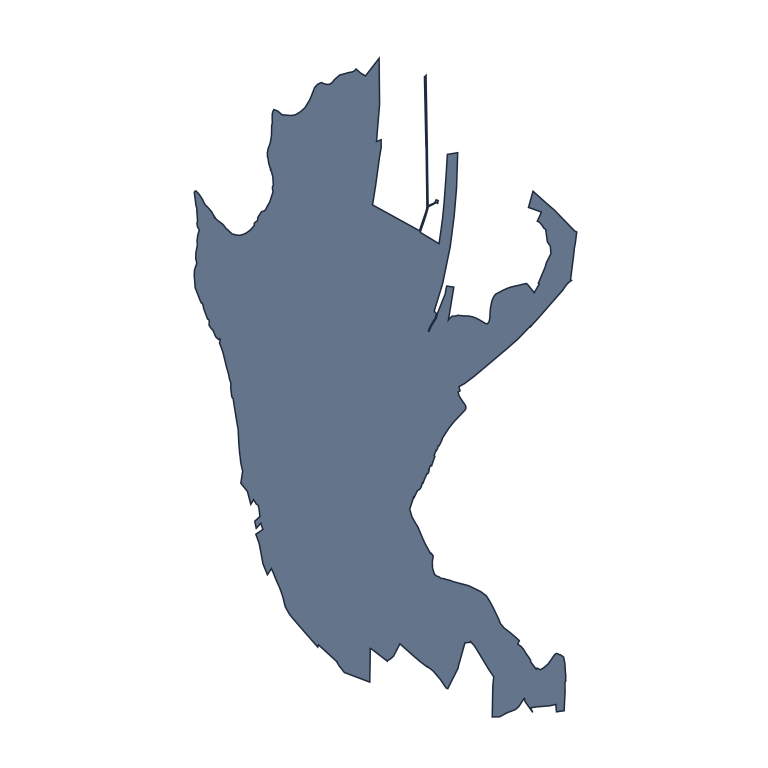 Koknese, Kokneses, Latvia (Robinson projection), rotated 94°
{"feature_id": "27541924B15582250394198", "entity_name": "Koknese", "entity_type": "district", "adm_level": 2, "iso_a3": "LVA", "parent_name": "Latvia", "parent_adm1": "Kokneses", "projection": "robinson", "projection_center": [25.431, 56.651], "detail": "fine", "context": "isolated", "style": "filled", "palette": "slate", "viewbox_px": 768, "rotation_deg": 94, "n_neighbors": 0, "source": "geoboundaries", "source_scale": "gbopen_adm2", "svg_char_len": 6139}
<svg xmlns="http://www.w3.org/2000/svg" viewBox="0 0 768 768"><g transform="rotate(94 384 384)"><path d="M635.0,279.7L638.7,275.7L643.4,272.3L662.3,259.0L668.4,254.1L677.7,254.4L708.6,252.8L707.9,245.3L703.4,238.3L699.7,230.3L696.4,227.0L687.8,222.2L688.4,221.8L691.0,221.1L701.2,212.7L696.8,215.2L695.1,207.8L695.2,207.1L693.8,198.8L693.7,197.2L691.7,190.1L692.7,190.1L699.0,189.1L697.4,181.5L678.2,181.9L669.0,182.7L667.5,181.9L664.7,182.3L662.6,182.3L657.6,183.1L650.4,184.0L644.0,185.7L642.1,188.5L641.7,190.2L640.7,192.9L641.3,194.1L643.0,195.5L651.4,200.4L653.9,202.8L655.9,204.9L657.7,207.3L658.0,208.6L656.7,211.4L657.9,212.3L650.9,218.3L649.3,218.5L646.9,220.2L642.7,223.7L638.8,226.4L636.0,229.3L634.2,232.4L630.6,231.1L627.9,234.4L625.5,237.7L623.2,240.8L619.0,247.2L614.7,251.3L611.6,252.6L599.8,259.3L593.1,263.5L588.2,267.1L584.4,272.9L579.4,285.2L576.4,300.8L575.2,304.8L574.6,308.3L573.9,311.2L573.9,313.5L572.6,315.7L571.9,318.1L570.6,320.1L567.4,321.6L564.4,322.7L558.1,323.4L552.2,322.9L551.5,323.3L549.5,325.2L549.9,325.7L540.7,331.7L535.0,334.8L524.4,340.1L520.8,342.7L517.5,344.9L514.5,346.9L507.0,349.6L496.1,346.8L494.7,346.7L495.3,346.1L488.2,343.3L486.2,340.7L484.6,339.9L479.9,338.7L480.2,338.2L477.6,337.4L470.5,334.9L470.7,334.6L469.7,333.5L466.7,332.9L466.5,333.4L461.9,331.9L461.6,332.1L462.3,330.8L452.5,328.2L451.6,329.0L446.5,327.4L446.7,327.0L444.1,325.9L443.6,325.9L442.0,325.8L441.9,324.8L439.3,323.6L435.0,322.0L434.6,322.3L426.7,317.9L422.9,315.8L416.3,311.2L404.3,301.3L403.0,300.7L401.6,300.6L399.6,301.3L392.8,306.7L390.1,308.5L386.7,309.5L385.5,307.6L381.6,309.1L380.3,307.4L378.3,304.1L370.0,294.5L341.1,264.7L329.9,253.6L316.5,242.4L316.1,242.2L316.7,241.9L309.6,236.3L298.0,227.4L296.3,226.2L285.7,218.1L277.9,212.2L272.6,209.1L270.1,207.1L267.6,204.2L267.3,205.0L265.6,205.1L256.7,204.6L238.4,203.6L235.6,203.6L230.7,203.0L218.9,202.3L218.0,204.5L198.6,226.2L192.4,234.5L181.3,248.8L197.8,252.2L200.4,242.8L201.6,239.0L211.0,242.4L211.4,240.8L213.6,238.4L215.5,236.8L217.4,235.4L218.6,233.5L228.2,231.5L230.9,230.9L234.9,227.7L241.4,226.7L242.4,226.6L246.9,228.5L251.7,230.5L256.2,231.4L272.8,237.1L273.6,236.2L282.4,240.5L275.2,247.2L273.8,248.9L274.6,251.8L276.5,257.8L278.3,263.9L280.2,268.2L282.5,272.3L285.5,277.1L286.5,278.8L288.3,280.1L291.2,281.4L294.4,282.3L300.7,283.1L304.1,283.2L307.7,283.1L311.6,283.1L314.2,283.5L315.6,284.1L316.7,285.3L316.8,286.4L313.4,293.2L311.8,296.9L310.8,300.4L310.3,304.3L310.5,309.4L310.3,315.4L310.8,316.1L311.4,318.5L311.5,320.7L313.8,322.9L315.6,324.2L282.5,321.1L281.9,328.3L290.4,329.4L310.4,335.8L314.5,336.4L323.3,341.0L328.3,342.7L327.9,343.5L322.7,341.7L314.0,337.2L310.1,336.6L307.9,339.0L279.7,332.5L242.3,327.5L211.4,325.7L183.8,325.3L148.1,326.6L150.0,334.5L150.5,336.8L161.0,336.7L176.2,336.6L199.0,336.7L207.1,336.9L214.0,337.1L226.9,337.9L240.2,338.9L230.4,358.1L229.1,358.2L223.2,356.6L218.1,355.2L217.6,355.1L217.2,355.0L211.3,353.6L205.7,352.4L205.1,352.4L204.7,352.3L204.2,352.0L203.8,351.6L200.9,346.7L199.4,344.8L200.1,343.1L197.3,342.7L196.6,344.8L199.2,345.8L200.0,346.6L202.6,351.5L202.2,352.5L167.4,355.5L143.9,357.4L73.2,363.6L74.1,364.2L74.7,365.1L142.4,358.9L146.2,358.4L193.8,354.4L204.0,353.6L206.7,353.7L211.5,354.8L217.3,356.4L226.6,358.8L228.6,359.4L206.1,408.0L203.6,407.7L186.8,406.2L158.0,404.3L148.4,403.3L140.5,403.9L142.7,408.4L105.2,407.9L59.4,411.6L78.0,424.0L75.5,428.9L71.7,433.9L73.7,435.3L75.0,437.7L75.5,440.1L78.9,449.8L83.8,454.7L87.0,456.8L88.9,459.4L89.1,462.2L88.5,465.3L87.6,467.5L89.6,471.1L93.1,473.9L101.9,476.6L106.0,478.1L114.0,482.2L118.0,486.1L121.7,491.3L122.7,495.7L122.5,504.5L119.1,509.1L117.9,513.0L120.0,513.9L122.6,514.3L126.3,514.1L131.7,513.6L133.9,514.1L143.8,513.6L146.7,513.8L149.0,514.1L151.5,514.3L158.1,516.2L159.4,516.1L161.3,516.6L163.2,516.2L164.7,516.3L167.1,515.4L172.0,514.4L176.6,512.6L176.8,512.0L178.3,512.3L179.9,511.1L185.4,509.3L191.2,508.6L192.7,508.2L195.2,509.0L197.6,508.8L199.9,508.1L210.5,510.7L214.2,512.6L217.9,514.1L219.5,515.2L220.6,518.2L226.6,521.5L230.0,521.6L230.9,523.0L232.6,524.6L234.9,524.5L239.5,527.9L242.8,531.7L244.4,534.4L245.6,538.0L245.8,540.3L245.0,545.7L244.4,546.6L242.1,549.5L241.4,550.1L240.0,552.3L236.6,555.2L235.7,556.2L233.7,559.3L232.3,561.6L230.5,563.7L230.1,564.5L229.9,564.0L225.9,566.9L224.2,567.9L220.7,571.4L217.7,574.8L214.8,576.8L212.8,577.7L207.6,581.7L204.6,584.9L204.8,585.9L205.7,586.5L206.8,586.5L219.3,584.0L221.8,582.9L223.6,582.9L235.0,581.3L236.5,581.9L240.3,581.0L243.4,578.8L244.0,579.2L248.7,580.2L253.2,580.4L253.4,580.6L255.2,580.3L259.0,579.9L262.2,580.4L263.5,580.4L265.0,580.8L270.5,580.7L272.5,580.5L275.2,579.5L277.2,579.3L279.6,580.0L280.2,580.3L281.5,580.4L283.3,581.0L285.3,581.0L286.9,580.8L287.1,581.0L288.8,580.9L301.2,579.1L302.1,578.6L314.0,573.0L316.0,571.8L316.0,571.1L318.3,569.9L321.5,569.1L331.5,564.5L331.9,563.5L333.0,562.7L337.6,562.6L341.2,559.9L341.9,558.6L344.8,557.2L348.9,555.0L351.2,552.1L350.3,550.9L350.8,550.3L354.4,551.0L363.0,547.1L372.7,544.0L375.4,543.2L380.3,541.5L384.2,540.0L389.8,538.5L392.4,537.4L394.0,536.8L399.6,536.5L407.2,535.0L408.5,534.2L408.7,533.5L412.3,532.8L431.6,528.3L439.7,526.3L452.6,524.8L463.6,523.1L467.3,522.3L472.1,521.5L478.5,519.7L480.4,518.9L490.4,519.7L493.0,519.9L500.8,512.7L513.3,508.5L508.5,506.0L512.7,503.0L513.0,502.2L514.0,501.0L516.5,500.2L520.6,499.3L524.9,498.6L529.9,503.4L536.9,501.4L531.5,497.1L537.6,494.7L542.8,501.4L551.7,497.4L571.8,492.2L582.4,487.0L577.1,484.0L576.0,483.5L578.8,481.9L587.9,477.5L594.3,474.0L599.9,471.5L601.9,470.7L604.3,469.8L610.9,467.7L612.1,467.3L613.5,466.7L614.6,466.0L618.6,463.4L620.3,462.2L622.8,460.0L628.0,454.9L639.2,443.7L651.1,431.7L648.8,431.1L664.5,411.4L664.8,411.5L668.3,409.1L674.6,403.4L682.4,377.4L671.6,378.0L661.3,378.5L648.8,379.3L648.7,378.8L660.3,361.3L659.6,361.1L657.6,358.2L654.9,355.5L642.1,350.0L647.3,343.3L653.7,335.0L658.6,328.3L663.2,321.3L662.8,321.2L665.7,316.6L666.9,314.9L674.9,307.1L681.4,302.0L682.9,300.8L683.5,299.1L672.6,294.6L662.2,290.2L659.8,290.1L659.4,289.9L636.6,285.2L635.6,279.8L635.0,279.7Z" fill="#64748b" stroke="#1e293b" stroke-width="1.5"/></g></svg>